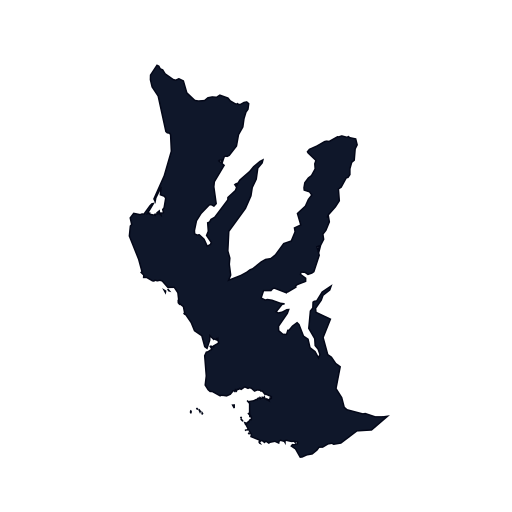 Vesturbyggð, Vestfirðir, Iceland, rotated 79°
{"feature_id": "244011B84482513465742", "entity_name": "Vesturbyggð", "entity_type": "district", "adm_level": 2, "iso_a3": "ISL", "parent_name": "Iceland", "parent_adm1": "Vestfirðir", "projection": "orthographic", "projection_center": [-23.535, 65.593], "detail": "fine", "context": "isolated", "style": "filled", "palette": "ink", "viewbox_px": 512, "rotation_deg": 79, "n_neighbors": 0, "source": "geoboundaries", "source_scale": "gbopen_adm2", "svg_char_len": 6153}
<svg xmlns="http://www.w3.org/2000/svg" viewBox="0 0 512 512"><g transform="rotate(79 256 256)"><path d="M299.8,188.0L304.0,197.9L311.7,205.0L311.6,207.5L312.2,208.8L317.8,210.1L320.4,213.1L337.1,218.0L348.3,214.1L355.2,215.0L359.3,212.8L364.8,212.0L368.0,214.1L361.1,216.3L356.3,220.5L347.6,220.8L343.7,224.7L331.5,226.9L329.3,228.4L331.8,233.6L335.2,237.7L335.0,238.9L338.8,241.0L338.0,244.6L333.6,248.0L329.2,247.3L318.3,236.2L314.8,234.1L314.6,236.0L316.1,240.9L316.2,245.1L314.6,246.9L308.4,239.6L308.4,237.1L307.0,241.2L302.5,248.7L300.9,253.1L301.0,255.4L298.2,259.0L291.4,255.2L292.8,247.9L291.2,245.9L291.1,244.0L297.9,233.2L297.2,232.8L297.4,231.8L294.2,222.8L292.8,222.8L291.9,220.8L290.3,212.1L287.3,211.5L282.5,215.9L280.4,214.8L281.4,211.0L284.0,208.5L283.4,204.4L282.4,202.2L267.3,193.8L258.5,194.5L258.1,191.8L262.0,194.0L263.8,193.4L257.7,190.5L252.5,186.4L247.3,186.2L244.1,182.5L236.5,177.5L229.9,177.3L232.0,178.7L229.9,177.8L222.9,168.7L217.7,163.7L205.9,162.3L204.7,159.3L196.5,152.5L196.4,150.7L194.0,148.3L188.3,147.2L182.3,144.2L180.7,141.3L169.7,138.2L166.2,135.5L160.1,135.8L157.7,141.5L156.4,142.5L156.9,144.0L154.5,148.9L154.9,152.2L154.5,153.2L157.5,162.3L156.7,165.0L156.8,166.9L159.7,175.3L161.5,183.2L163.5,185.6L164.7,185.2L173.6,178.9L176.7,180.7L181.8,181.3L187.7,186.2L189.4,189.7L193.4,194.1L198.2,195.9L200.5,196.1L203.2,191.2L206.8,189.6L210.4,193.7L216.5,198.0L222.2,207.2L234.1,206.1L235.8,212.9L239.7,213.0L248.0,218.5L249.1,226.4L258.6,236.7L261.4,242.0L261.2,247.2L262.8,252.0L267.9,261.7L268.4,264.5L270.2,268.2L272.2,274.5L274.6,287.6L269.9,284.5L259.0,283.8L253.1,282.1L245.7,282.7L226.6,278.0L207.3,257.3L196.0,249.5L188.0,246.6L180.6,241.1L170.1,237.5L165.8,232.2L163.0,230.9L163.9,234.0L167.9,241.3L171.8,246.0L178.4,257.4L180.9,259.6L181.6,263.0L181.6,260.3L182.8,261.0L181.9,261.9L182.0,263.1L184.9,261.9L187.8,263.7L193.2,272.4L195.5,272.9L210.1,289.1L211.5,293.2L213.8,295.1L214.2,297.1L222.6,298.1L226.4,300.6L234.2,297.3L236.0,298.5L237.1,302.0L229.6,303.8L224.3,307.7L224.3,309.7L222.6,312.0L219.3,311.6L210.0,307.7L203.7,301.8L197.1,292.4L196.8,291.5L197.3,289.7L199.0,287.8L197.0,285.1L180.0,284.2L175.1,282.7L160.9,270.0L155.5,274.4L155.0,273.8L155.2,271.0L157.1,272.1L158.0,271.4L152.5,268.3L152.1,267.1L152.7,265.2L152.1,263.1L144.3,254.2L133.5,250.0L126.8,244.3L118.9,241.6L112.8,238.4L110.4,235.9L105.1,234.1L103.0,235.7L103.0,238.5L104.2,242.0L104.1,244.0L102.9,245.1L103.3,245.7L102.7,247.3L98.8,251.7L95.6,253.4L91.2,260.8L92.7,264.4L91.5,268.6L91.5,273.0L93.6,276.8L92.9,282.9L91.6,286.4L82.6,292.8L70.3,293.9L67.3,297.9L68.1,301.3L67.0,303.6L59.8,310.5L55.5,312.1L54.0,314.3L51.1,315.2L49.9,316.8L58.3,325.0L62.8,326.0L70.2,325.7L80.3,321.5L116.6,320.7L118.1,319.6L119.0,317.3L120.7,316.7L137.0,319.1L159.8,330.8L180.5,345.3L183.2,344.6L179.9,343.3L170.0,335.8L177.6,338.2L179.9,334.5L182.0,333.6L191.1,337.0L192.6,338.7L195.7,338.5L196.1,339.5L195.7,341.2L198.1,341.3L196.4,342.6L193.3,342.4L194.6,344.8L195.8,344.1L195.8,347.3L196.9,347.2L194.7,352.4L193.6,352.2L193.7,354.6L184.9,346.7L184.9,348.2L186.4,350.4L193.6,358.1L193.0,359.8L193.3,361.9L190.8,367.9L194.6,372.2L201.4,372.0L202.6,373.6L212.2,376.5L236.9,371.8L249.5,370.9L250.2,371.9L253.3,369.8L255.6,370.4L256.2,367.4L260.6,362.4L261.1,361.0L260.5,359.8L261.5,357.6L261.5,354.9L262.6,352.8L270.0,348.5L271.1,342.2L277.1,339.7L287.7,340.5L291.8,336.9L298.4,336.9L309.0,332.3L317.6,330.6L323.9,324.4L335.2,323.6L337.3,321.7L329.8,317.5L325.3,316.5L329.7,313.5L329.3,313.1L330.9,310.6L329.8,310.4L330.4,309.9L329.7,309.2L334.4,309.4L336.1,314.6L337.2,315.0L336.2,316.6L337.3,317.2L335.3,318.4L339.1,317.1L340.9,321.6L340.9,323.1L344.1,325.4L364.3,327.7L373.0,330.5L378.1,328.5L380.2,326.9L380.7,324.7L386.4,317.9L386.0,317.2L386.6,314.6L387.7,311.6L386.8,307.6L383.9,304.1L384.3,302.6L385.6,302.7L383.5,301.8L384.9,301.0L383.3,299.8L383.6,298.4L382.8,297.5L384.1,296.0L382.3,292.0L384.4,289.1L384.0,287.8L384.8,285.8L388.3,283.2L387.7,280.3L388.6,277.5L389.6,276.9L389.6,275.6L393.5,273.6L393.1,273.2L397.0,267.7L398.6,268.1L397.7,269.7L398.8,269.0L399.8,270.6L399.0,271.8L400.3,271.3L397.8,274.4L395.9,274.7L396.7,275.6L395.9,276.8L396.8,277.1L396.8,278.3L395.9,278.9L396.9,279.2L396.0,280.1L396.1,281.3L397.2,282.4L396.9,283.0L397.7,286.0L397.6,290.2L398.2,290.8L396.2,292.3L399.5,290.4L409.7,292.4L413.9,291.3L415.7,291.9L415.6,293.1L417.5,294.8L416.7,295.5L417.9,295.1L417.9,296.3L420.2,297.9L430.5,294.6L432.3,295.4L437.3,287.8L438.9,287.6L438.2,286.3L438.5,285.0L441.1,282.8L439.8,283.3L440.1,282.6L439.6,281.6L442.1,279.1L441.5,278.1L441.5,272.8L443.9,269.4L442.3,268.8L441.5,267.2L443.4,263.5L444.5,263.1L442.8,262.8L442.7,261.4L444.8,256.6L445.1,254.0L446.1,253.3L445.5,253.3L446.5,250.7L448.2,251.1L448.6,254.8L448.1,256.2L449.3,257.6L452.9,254.0L461.9,251.0L462.1,249.1L460.9,244.1L461.0,238.6L458.1,233.2L455.7,230.6L456.3,227.0L454.2,221.2L454.3,217.2L455.6,215.7L455.8,208.4L446.9,190.3L448.8,175.8L438.4,157.5L438.2,161.6L436.7,169.6L431.5,178.8L431.4,181.3L424.3,196.0L421.3,198.3L411.4,198.9L401.4,202.8L380.8,194.5L376.7,198.3L369.7,201.3L366.5,204.4L348.8,205.7L332.2,195.0L322.7,207.9L318.7,207.5L311.8,200.4L307.3,197.7L303.4,190.1L299.8,188.0ZM401.1,306.4L398.1,305.8L397.9,307.4L401.1,306.4ZM272.0,352.7L274.5,351.9L273.2,351.4L272.0,352.7ZM413.9,301.6L415.8,300.3L412.8,301.9L413.9,301.6ZM419.7,298.3L418.0,297.9L417.5,298.8L419.7,298.3ZM397.8,340.3L395.5,341.4L398.4,340.7L397.8,340.3ZM393.9,343.4L394.9,343.1L395.4,342.3L393.9,343.4ZM287.1,341.2L289.4,339.9L286.4,341.1L287.1,341.2ZM271.5,349.0L273.5,348.2L273.7,347.8L271.5,349.0ZM398.0,349.9L396.0,349.3L395.7,349.6L396.7,350.1L398.0,349.9ZM413.0,292.8L412.1,292.1L411.8,292.6L413.0,292.8ZM298.0,337.8L299.4,337.3L299.6,337.0L298.0,337.8ZM401.2,339.2L400.4,338.5L399.7,338.8L401.2,339.2ZM408.6,293.9L410.6,292.7L411.0,292.4L408.6,293.9ZM428.0,297.3L429.2,296.8L429.6,296.3L428.0,297.3ZM438.5,288.7L440.4,288.1L440.6,287.8L438.5,288.7ZM411.9,301.6L412.3,301.0L411.0,301.8L411.9,301.6ZM424.3,299.7L424.9,299.5L425.7,299.1L424.3,299.7ZM424.1,298.0L425.1,297.8L425.6,297.5L424.1,298.0Z" fill="#0f172a" stroke="#020617" stroke-width="1.5"/></g></svg>